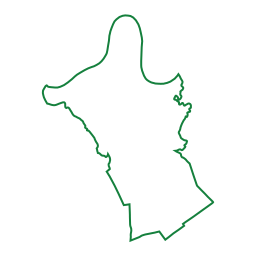 Go Cong, Tiền Giang, Vietnam
{"feature_id": "81297802B95868582932177", "entity_name": "Go Cong", "entity_type": "district", "adm_level": 2, "iso_a3": "VNM", "parent_name": "Vietnam", "parent_adm1": "Tiền Giang", "projection": "natural_earth1", "projection_center": [106.661, 10.409], "detail": "fine", "context": "isolated", "style": "outline", "palette": "green", "viewbox_px": 256, "rotation_deg": 0, "n_neighbors": 0, "source": "geoboundaries", "source_scale": "gbopen_adm2", "svg_char_len": 5702}
<svg xmlns="http://www.w3.org/2000/svg" viewBox="0 0 256 256"><path d="M46.6,85.4L46.3,85.6L45.6,86.1L44.5,87.9L43.1,90.4L42.9,92.0L42.9,93.2L43.3,95.1L43.9,97.3L45.3,100.3L46.6,102.6L47.2,103.6L48.4,103.8L51.1,104.7L52.3,105.0L53.8,105.2L54.3,105.2L55.1,105.1L56.0,104.9L57.1,104.5L58.8,103.8L60.1,103.3L61.5,102.8L63.1,102.3L63.5,102.3L64.0,102.3L64.3,102.4L64.5,102.6L64.9,103.0L65.1,103.4L65.2,104.0L65.2,106.0L65.3,106.9L65.4,107.2L65.6,107.5L66.1,107.9L66.3,108.0L66.6,107.9L66.8,107.8L67.3,107.5L67.7,107.5L68.0,107.5L68.3,107.6L68.9,108.0L69.5,108.8L70.0,109.7L70.7,110.8L71.7,112.4L72.3,113.6L73.2,114.9L74.0,115.7L74.6,116.1L76.3,116.8L77.4,117.5L78.9,118.2L79.4,118.4L80.1,118.9L81.1,119.9L82.4,120.9L82.9,121.4L83.2,122.1L83.3,122.3L83.4,122.8L83.7,123.3L84.3,124.2L85.3,125.6L85.3,125.8L85.3,126.1L85.3,126.5L85.2,126.7L85.1,127.3L85.2,127.5L85.4,127.9L86.0,128.3L86.5,128.5L86.9,128.7L87.0,128.9L87.1,129.0L87.2,129.4L87.1,129.7L87.0,130.0L87.0,130.3L87.3,130.5L88.2,130.5L88.6,130.7L89.0,131.1L89.6,131.7L92.5,135.4L94.0,137.4L94.4,138.0L94.6,138.6L95.0,139.7L96.0,141.7L97.5,144.0L97.8,145.1L97.9,145.8L97.8,146.4L97.7,146.9L97.4,147.4L96.9,148.1L96.7,148.4L97.0,149.4L97.4,151.4L97.9,152.8L97.9,153.0L98.2,153.1L98.7,153.1L99.2,153.2L99.5,153.4L100.6,154.4L101.3,155.1L102.2,155.6L102.5,155.6L104.1,155.8L104.4,155.9L104.7,156.0L105.0,156.3L105.6,156.9L105.8,157.0L106.0,157.0L106.3,156.9L106.6,156.6L107.1,156.2L107.5,155.6L107.8,155.1L107.9,154.7L108.0,154.2L109.3,156.5L109.9,158.0L110.1,159.3L110.1,160.3L109.5,162.8L108.7,163.9L108.6,164.7L108.8,166.1L109.6,167.9L109.8,169.0L106.7,171.6L108.8,175.0L109.0,175.4L109.4,175.9L114.6,185.6L118.6,193.8L123.8,205.1L126.2,204.8L129.5,204.3L129.8,212.0L129.9,215.0L129.9,216.8L130.1,224.2L130.2,225.2L130.3,225.9L130.6,226.9L130.8,227.3L131.0,228.1L131.2,228.7L131.3,230.2L131.3,230.8L131.1,232.2L130.8,233.7L130.7,234.9L130.8,236.9L130.5,240.6L138.8,237.3L139.7,236.9L141.1,236.0L142.0,235.5L144.5,234.7L145.7,234.4L148.3,233.9L154.8,232.6L157.2,232.0L159.3,231.5L165.3,239.7L169.0,236.9L173.5,233.3L178.6,229.8L184.1,225.8L183.0,223.9L185.6,222.0L189.3,219.5L190.9,218.4L192.8,217.1L203.1,209.7L211.9,203.4L212.8,202.6L213.0,202.4L213.1,202.2L212.8,201.7L207.9,196.9L204.8,193.6L201.1,189.9L199.0,187.7L197.3,186.0L197.1,185.7L196.7,184.8L195.0,179.8L193.5,175.4L190.6,166.5L189.9,164.4L189.6,163.5L189.1,163.1L187.6,161.7L186.6,160.6L186.0,159.8L185.5,159.3L184.1,158.2L183.2,157.6L182.3,157.4L182.0,157.1L181.7,156.9L181.5,156.5L181.3,156.1L181.1,155.5L181.0,154.8L180.9,154.4L180.6,153.7L180.1,153.3L178.3,152.4L176.5,151.6L175.3,150.8L176.4,150.7L177.1,150.5L179.2,149.5L179.8,149.4L180.2,149.4L180.6,149.5L180.9,149.7L181.2,149.9L181.6,150.1L182.0,150.1L182.4,150.0L183.0,149.5L184.7,147.7L185.1,147.2L185.2,146.9L185.3,146.7L185.2,146.6L185.0,146.3L184.8,146.1L184.5,145.7L184.4,145.4L184.5,145.1L184.7,144.8L185.2,144.6L185.8,144.1L186.3,143.5L186.6,142.7L186.8,142.0L187.0,141.2L186.7,140.8L186.4,140.6L185.7,140.4L185.3,140.4L184.8,140.3L184.3,140.2L183.8,139.9L182.6,139.2L181.1,138.1L180.7,137.3L180.4,136.4L180.0,135.3L179.4,134.3L179.1,133.5L178.8,132.9L178.8,132.5L178.9,131.9L179.7,130.5L180.2,129.2L180.5,127.6L181.0,126.1L181.7,124.3L182.3,123.0L183.2,121.3L183.7,120.3L184.7,119.1L185.1,118.3L185.5,117.4L185.6,116.8L185.7,116.5L185.9,116.4L186.1,116.4L186.3,116.6L186.5,116.8L186.8,116.9L187.2,116.5L187.4,115.9L187.6,115.2L187.6,114.7L187.6,113.8L187.4,113.5L187.3,113.2L187.3,112.8L187.5,112.6L188.1,112.2L189.7,111.8L190.0,111.6L190.1,111.3L190.1,110.7L189.9,110.4L189.7,110.2L189.3,109.6L189.3,109.3L189.3,109.0L189.4,108.7L190.2,108.2L190.7,107.9L190.9,107.4L190.9,107.0L190.9,106.1L190.9,105.6L190.8,105.1L190.6,104.7L190.5,104.4L190.1,104.0L189.7,103.8L189.4,103.6L189.0,103.5L188.5,103.5L188.1,103.6L186.3,104.6L185.6,105.0L185.0,105.5L184.7,105.6L184.3,105.6L184.0,105.3L183.8,105.0L183.0,103.3L182.7,103.0L182.2,103.0L181.6,103.5L181.0,104.1L180.6,104.3L180.3,104.5L179.6,104.5L179.4,104.5L179.2,104.3L179.0,103.9L179.0,103.5L179.0,103.1L179.0,102.8L179.0,102.3L178.7,101.9L178.3,101.7L177.7,101.4L177.3,101.1L176.6,100.4L176.0,99.9L175.5,99.7L174.7,99.6L174.3,99.3L174.2,99.1L174.2,98.7L174.3,98.3L175.3,96.4L175.5,96.0L175.7,95.8L176.0,95.7L176.3,95.8L176.6,96.0L176.9,96.3L177.6,97.0L177.9,97.4L178.0,97.7L178.1,98.0L178.1,98.5L178.1,99.0L178.2,99.4L178.4,99.5L178.7,99.7L179.1,99.7L179.6,99.5L180.6,98.5L181.2,97.4L181.3,97.0L181.4,96.7L181.4,96.3L181.3,96.0L181.1,95.7L180.5,95.0L180.3,94.6L180.3,93.8L180.3,93.3L180.4,92.9L180.5,92.5L180.5,92.1L180.5,91.9L180.4,91.7L180.5,91.5L180.5,91.4L181.5,90.4L181.9,90.2L182.6,89.6L182.9,89.0L183.1,88.6L183.2,88.3L183.2,88.0L183.2,87.7L182.8,87.1L182.5,86.8L182.3,86.6L181.9,86.3L181.6,86.0L181.4,85.7L181.4,85.4L181.4,85.0L181.5,84.5L182.0,83.9L182.3,83.1L182.5,82.3L182.5,81.6L182.2,80.9L180.7,78.4L180.2,77.2L179.4,75.7L178.4,74.2L177.5,75.6L174.7,78.7L170.4,81.6L167.1,82.9L164.4,83.5L163.7,83.7L160.6,83.8L158.3,83.7L155.3,83.5L153.9,83.1L152.6,82.8L151.2,82.4L149.2,81.4L147.2,80.1L145.7,78.6L144.0,75.7L142.1,70.6L141.3,67.1L141.2,65.1L141.2,60.9L141.7,47.0L142.2,41.2L141.8,37.5L140.7,32.2L139.8,28.3L138.4,24.4L135.9,20.3L133.2,17.5L130.5,16.0L128.0,15.6L125.2,15.4L122.6,15.8L119.5,17.0L116.4,19.4L114.5,21.4L113.1,24.2L111.6,27.9L110.4,31.3L109.9,33.6L109.4,35.7L109.1,39.0L108.9,41.0L108.1,45.6L107.4,50.2L106.8,53.0L106.5,53.8L106.1,54.6L104.8,56.8L103.6,58.7L101.5,61.3L99.3,63.3L96.5,65.0L93.9,66.3L91.7,67.0L88.3,68.3L84.7,70.1L80.4,72.6L77.0,74.7L74.8,76.5L71.9,79.2L67.8,82.5L64.0,85.1L60.2,86.8L57.6,87.5L56.8,87.5L54.7,87.5L51.2,87.2L49.3,87.0L48.1,86.7L47.5,86.2L46.9,85.5L46.6,85.4Z" fill="none" stroke="#15803d" stroke-width="2"/></svg>